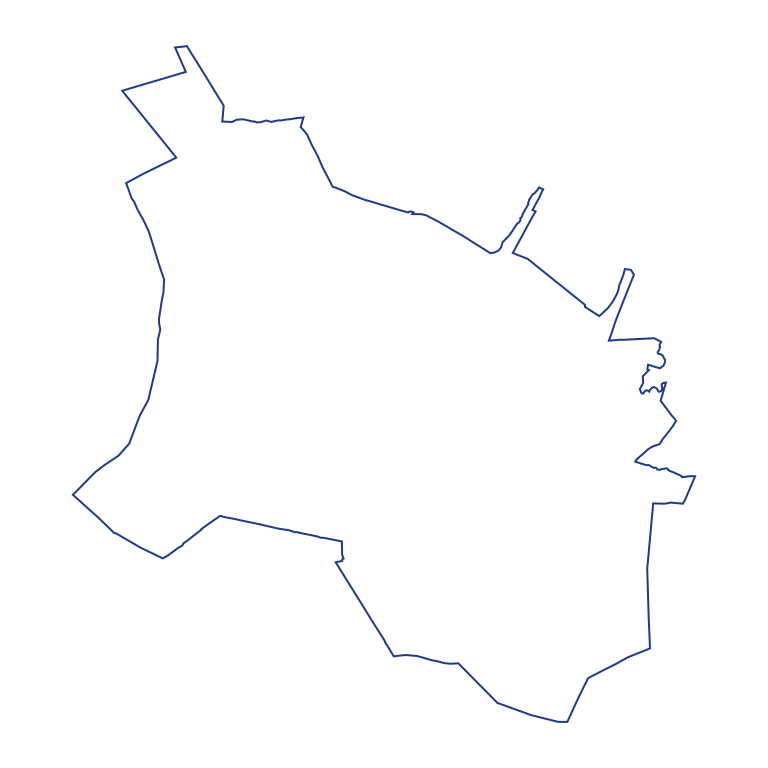 Juchitepec, México, Mexico (Mercator projection)
{"feature_id": "50627088B99333817375026", "entity_name": "Juchitepec", "entity_type": "district", "adm_level": 2, "iso_a3": "MEX", "parent_name": "Mexico", "parent_adm1": "México", "projection": "mercator", "projection_center": [-98.89, 19.099], "detail": "fine", "context": "isolated", "style": "outline", "palette": "blue", "viewbox_px": 768, "rotation_deg": 0, "n_neighbors": 0, "source": "geoboundaries", "source_scale": "gbopen_adm2", "svg_char_len": 5058}
<svg xmlns="http://www.w3.org/2000/svg" viewBox="0 0 768 768"><path d="M624.0,268.9L624.9,269.2L623.1,275.7L619.1,285.8L618.5,289.3L616.9,294.1L612.6,301.8L607.8,308.2L599.3,316.1L592.1,311.5L585.0,306.9L584.9,304.8L578.2,299.4L571.5,294.1L561.5,286.0L554.8,280.7L548.1,275.3L541.4,269.9L534.8,264.6L528.1,259.2L527.7,258.9L517.2,254.8L512.8,253.0L517.1,245.0L521.9,236.2L527.4,226.0L531.8,218.0L535.6,211.4L532.5,210.0L534.0,207.3L536.8,202.1L540.0,196.2L541.4,192.7L543.2,189.3L538.9,187.5L538.0,189.3L536.2,191.4L534.8,193.0L534.5,193.4L532.8,194.2L529.1,199.8L529.1,200.9L528.6,201.6L528.1,203.3L528.4,204.1L523.0,213.4L521.6,217.3L520.2,218.2L520.6,219.7L519.5,222.0L517.1,223.8L509.7,234.9L502.6,242.3L502.3,243.0L501.5,245.7L501.3,247.1L498.6,250.5L493.8,252.7L492.3,252.9L492.0,252.9L491.8,252.9L491.7,252.8L491.2,252.9L490.3,253.2L488.2,251.8L487.7,251.5L487.1,251.1L477.2,244.9L475.8,244.1L473.6,242.7L465.5,237.5L462.8,235.8L459.8,234.1L450.3,228.6L449.2,227.9L444.0,224.9L436.9,220.8L429.7,217.2L428.8,216.7L428.1,216.2L426.5,215.4L425.0,215.1L423.7,214.7L422.5,214.4L421.4,214.3L420.3,214.1L419.3,214.1L417.4,214.1L415.2,214.1L413.9,214.2L412.3,213.9L413.6,212.8L412.8,211.8L409.2,211.6L408.2,212.5L397.6,209.5L389.2,207.0L384.9,205.7L380.7,204.5L372.3,201.9L364.7,199.8L356.3,196.7L352.1,195.2L344.4,191.1L343.5,190.8L342.2,190.2L335.8,187.7L332.7,186.8L328.6,178.8L322.4,166.9L322.3,166.7L317.9,156.5L315.4,151.6L311.8,145.0L307.3,134.9L304.4,131.2L300.6,127.0L301.1,125.6L303.2,118.3L303.5,117.4L299.6,117.9L297.5,118.0L292.2,118.9L291.8,118.9L289.4,119.3L285.2,119.7L281.1,120.5L278.9,120.3L271.0,121.9L266.3,120.5L260.5,122.2L256.7,122.4L254.3,121.4L253.7,121.7L242.7,119.2L241.9,119.4L236.7,119.7L232.0,122.0L224.0,121.6L222.3,121.6L223.7,105.7L217.9,96.3L210.6,84.4L205.0,75.2L198.2,64.3L193.0,56.0L186.9,46.1L180.6,46.9L175.1,47.5L185.8,71.9L129.7,88.5L122.3,90.8L131.2,101.9L133.9,105.2L142.1,115.3L148.9,123.8L155.8,132.3L160.7,138.3L176.3,157.7L155.7,167.7L142.5,174.2L126.1,183.1L129.5,192.3L131.8,198.7L134.0,201.4L137.6,209.8L143.4,220.0L148.9,231.8L151.7,240.8L155.5,253.0L158.9,264.1L164.1,279.6L163.5,292.0L161.7,301.2L159.0,318.9L159.1,323.7L160.3,329.4L159.1,334.8L157.9,339.5L157.5,360.9L148.3,400.0L139.7,415.8L129.2,443.6L118.4,455.8L105.3,464.5L95.4,472.0L72.9,494.8L100.0,519.2L114.4,533.2L115.4,533.0L141.0,547.9L162.9,558.4L168.0,555.4L173.6,551.3L177.5,548.3L182.3,545.5L183.9,542.9L186.8,541.1L191.8,537.1L201.2,529.8L201.3,529.2L210.4,522.5L211.1,522.1L212.0,521.6L213.0,520.8L219.9,516.0L220.8,516.0L221.6,516.2L222.4,516.6L223.6,516.8L224.3,516.9L225.2,517.2L225.9,517.3L227.6,517.7L231.1,518.3L234.9,519.0L238.2,519.8L239.3,520.0L240.6,520.3L243.3,520.9L245.7,521.4L247.2,521.7L254.7,523.2L262.7,525.0L278.2,528.6L289.2,530.3L290.5,530.8L292.4,531.3L294.6,532.2L294.9,532.2L297.1,532.1L299.2,532.7L318.0,536.6L320.4,537.7L323.9,537.8L333.1,539.7L339.2,540.9L341.7,541.5L341.9,541.5L342.1,554.8L343.6,558.6L342.7,559.0L342.2,559.2L342.2,560.9L335.7,562.3L358.6,599.1L373.0,622.4L384.6,640.6L384.9,641.9L389.0,648.4L393.7,656.3L405.5,655.0L417.1,656.0L430.2,659.7L432.1,660.3L438.5,661.5L442.3,662.6L445.2,663.2L448.8,663.6L452.0,663.7L458.3,663.3L497.4,702.9L531.0,715.1L540.2,717.4L544.7,718.5L553.9,720.8L558.4,721.9L567.3,721.9L568.5,719.4L573.9,707.5L579.4,695.7L583.8,686.8L588.2,678.0L596.3,673.9L600.3,671.8L608.4,667.7L616.4,663.7L620.2,661.5L627.9,657.3L636.7,653.7L641.1,652.0L650.0,648.4L648.7,617.7L647.4,574.6L647.2,569.0L648.7,552.6L650.2,536.2L651.7,519.8L653.2,503.4L664.7,503.7L671.6,502.5L672.1,502.7L682.9,503.7L685.1,499.7L688.2,492.5L691.3,485.2L695.1,476.3L692.9,476.2L692.0,476.1L690.8,476.1L689.0,476.3L687.6,476.5L686.1,476.7L683.0,477.1L682.6,477.1L682.1,477.2L682.0,476.4L681.1,476.0L680.0,475.2L678.6,474.7L676.9,473.9L675.5,473.4L674.1,472.5L672.2,471.9L670.8,471.3L669.3,470.6L667.9,469.8L667.6,468.7L666.1,468.2L664.4,468.8L662.5,468.9L661.3,469.2L659.9,469.9L658.7,469.7L657.4,469.6L656.3,468.1L655.6,467.6L654.7,467.8L653.8,467.8L652.0,467.0L649.0,465.1L647.3,465.2L644.9,464.7L635.3,461.7L636.4,459.7L639.9,456.5L642.0,454.8L647.8,449.5L651.1,447.3L651.3,447.3L653.2,446.2L659.5,444.2L662.5,439.4L667.6,433.1L672.8,426.2L676.0,420.9L674.6,418.7L671.8,415.6L660.6,400.7L666.0,382.6L663.6,382.9L662.0,383.8L661.7,384.7L661.7,386.1L662.1,387.2L662.4,388.0L662.1,389.1L661.8,389.9L661.2,390.8L660.5,391.4L659.7,391.6L658.7,391.7L656.8,388.6L654.0,387.0L652.4,387.5L649.7,390.1L649.2,391.6L648.2,390.9L647.0,390.4L645.8,390.5L644.8,391.3L643.0,393.6L641.5,393.2L639.8,389.3L643.2,382.8L642.8,376.3L648.9,370.0L647.3,369.4L648.1,364.7L651.2,365.6L654.0,366.6L660.2,368.3L661.6,366.9L663.4,365.9L665.2,361.8L665.0,359.7L664.3,358.8L663.4,356.9L663.0,355.8L662.0,355.2L660.6,354.1L658.8,354.0L657.8,353.2L657.7,352.1L659.0,350.3L660.1,346.9L659.6,345.9L659.6,344.7L661.1,341.8L654.1,338.2L635.2,339.2L622.5,339.8L620.1,339.7L608.9,340.7L611.9,332.3L615.3,321.8L621.7,305.3L627.7,290.3L630.8,282.5L633.9,274.6L630.8,269.8L624.0,268.9Z" fill="none" stroke="#1e3a8a" stroke-width="2"/></svg>